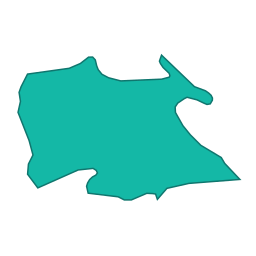 Laško, Equal Earth projection, rotated 177°
{"feature_id": "SVN-960", "entity_name": "Laško", "entity_type": "Municipality", "adm_level": 1, "iso_a3": "SVN", "parent_name": "Slovenia", "parent_adm1": "", "projection": "equal_earth", "projection_center": [15.244, 46.129], "detail": "fine", "context": "isolated", "style": "filled", "palette": "teal", "viewbox_px": 256, "rotation_deg": 177, "n_neighbors": 0, "source": "natural_earth", "source_scale": "10m", "svg_char_len": 943}
<svg xmlns="http://www.w3.org/2000/svg" viewBox="0 0 256 256"><g transform="rotate(177 128 128)"><path d="M227.4,120.6L237.0,149.4L234.0,160.2L234.9,169.3L232.6,174.8L225.5,187.1L183.6,190.7L172.2,194.9L163.7,200.8L159.6,200.7L157.1,197.7L156.0,191.7L154.7,187.8L151.2,183.0L144.8,179.2L132.8,175.4L91.9,175.0L84.2,176.6L83.4,177.9L84.0,180.4L89.8,186.6L92.2,190.6L93.1,193.1L90.7,199.0L59.5,165.8L48.7,161.1L45.6,158.7L43.3,156.3L42.1,153.5L42.3,151.3L44.6,147.8L47.9,147.4L51.2,149.0L57.6,152.5L67.4,155.6L70.2,154.4L77.0,150.3L79.8,146.5L79.8,141.0L73.1,127.5L66.2,118.0L56.2,106.9L36.4,93.6L33.3,87.6L19.0,70.8L70.1,69.5L92.3,65.7L102.4,55.2L103.9,60.6L106.6,61.2L112.7,61.8L128.4,56.0L135.5,56.4L141.4,59.8L171.2,65.0L172.4,72.0L171.2,75.2L169.0,78.5L166.0,81.0L162.6,82.6L160.9,84.7L162.0,87.4L165.0,89.5L180.0,88.7L221.2,72.9L230.7,87.1L229.3,97.2L224.3,106.0L227.4,120.6Z" fill="#14b8a6" stroke="#0f766e" stroke-width="1.5"/></g></svg>